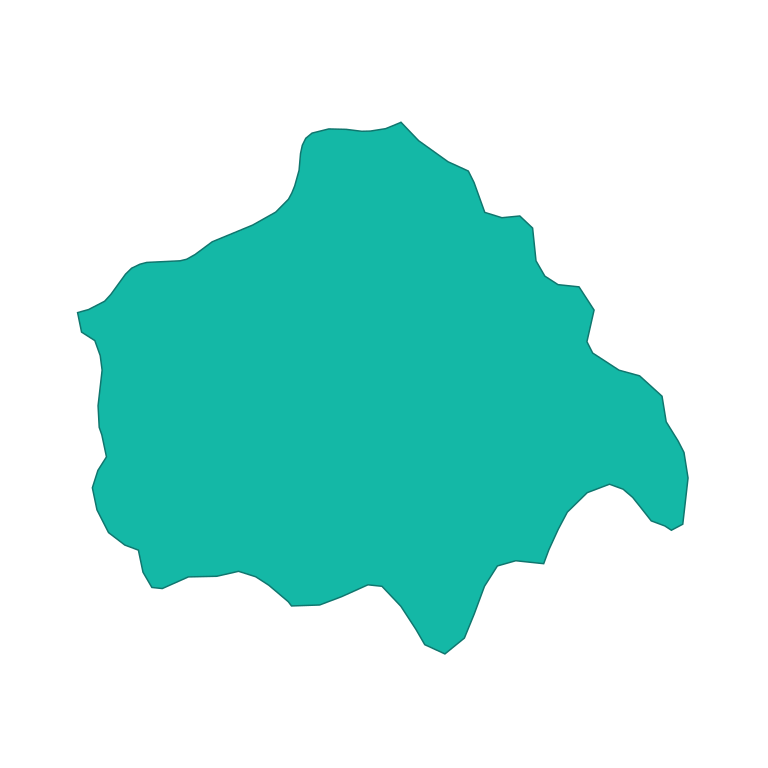 Tongsin, Chagang-do, North Korea, rotated 186°
{"feature_id": "82179303B24749722055654", "entity_name": "Tongsin", "entity_type": "district", "adm_level": 2, "iso_a3": "PRK", "parent_name": "North Korea", "parent_adm1": "Chagang-do", "projection": "robinson", "projection_center": [126.481, 40.221], "detail": "fine", "context": "isolated", "style": "filled", "palette": "teal", "viewbox_px": 768, "rotation_deg": 186, "n_neighbors": 0, "source": "geoboundaries", "source_scale": "gbopen_adm2", "svg_char_len": 1471}
<svg xmlns="http://www.w3.org/2000/svg" viewBox="0 0 768 768"><g transform="rotate(186 384 384)"><path d="M394.5,646.1L395.0,645.7L409.1,638.1L424.1,634.1L432.6,633.0L448.2,633.3L465.6,631.9L481.8,626.0L487.5,620.2L490.2,612.9L491.1,604.5L490.8,587.7L493.5,571.7L495.6,564.4L498.3,557.8L509.7,543.6L531.3,528.3L569.7,507.5L585.6,492.9L593.4,487.4L599.7,485.2L632.7,480.1L639.3,477.6L647.1,472.8L652.5,466.3L665.1,444.4L670.5,437.1L683.9,428.3L685.5,427.2L696.2,423.0L693.6,414.7L690.2,404.0L676.1,396.9L669.2,382.6L665.8,368.3L665.9,354.0L666.1,332.5L662.7,311.1L659.3,303.9L652.4,282.5L659.5,268.2L663.2,250.3L656.3,228.8L642.4,207.4L624.9,196.7L610.9,193.1L604.0,171.6L593.6,157.4L583.1,157.4L558.4,171.7L530.2,175.3L509.1,182.5L491.5,178.9L477.5,171.8L456.5,157.5L452.8,153.6L424.9,157.5L403.7,168.2L379.0,182.6L364.9,182.6L344.0,164.7L326.6,143.3L316.2,129.0L295.2,121.9L277.5,139.7L270.2,164.8L262.9,193.4L252.2,214.9L234.5,222.0L220.5,222.0L206.4,222.0L202.7,236.4L195.5,257.8L188.3,275.7L170.5,297.2L149.3,307.9L135.3,304.4L124.8,297.2L121.3,293.6L117.8,290.1L103.9,275.8L89.9,272.2L82.9,268.6L72.2,275.8L72.0,297.3L71.8,322.3L78.5,347.3L85.5,358.0L99.4,375.9L106.2,400.9L130.6,418.8L151.7,422.3L179.7,436.6L186.6,447.3L182.8,479.5L200.2,501.0L221.3,501.0L235.3,508.1L245.7,522.4L252.5,554.6L266.5,565.3L284.1,561.7L301.7,565.2L308.6,579.5L315.5,593.8L322.4,604.6L343.5,611.7L375.0,629.6L394.5,646.1Z" fill="#14b8a6" stroke="#0f766e" stroke-width="1.5"/></g></svg>